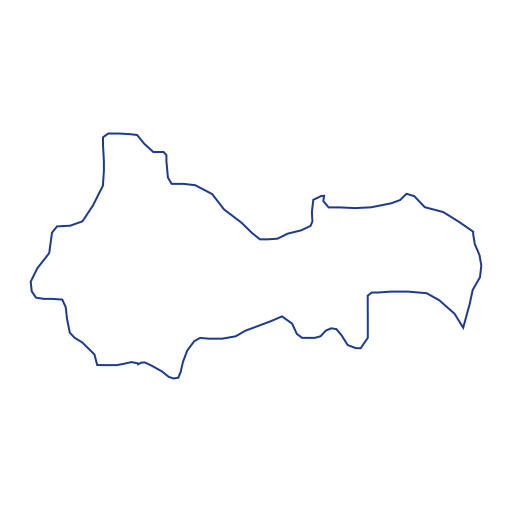 SVG path tracing the border of Kratovo
{"feature_id": "MKD-2940", "entity_name": "Kratovo", "entity_type": "Statistical Region", "adm_level": 1, "iso_a3": "MKD", "parent_name": "North Macedonia", "parent_adm1": "", "projection": "albers", "projection_center": [22.124, 42.077], "detail": "fine", "context": "isolated", "style": "outline", "palette": "blue", "viewbox_px": 512, "rotation_deg": 0, "n_neighbors": 0, "source": "natural_earth", "source_scale": "10m", "svg_char_len": 1582}
<svg xmlns="http://www.w3.org/2000/svg" viewBox="0 0 512 512"><path d="M463.2,327.7L454.6,313.8L439.3,300.3L426.7,293.2L407.9,291.6L390.8,291.6L378.4,292.5L371.8,292.5L367.7,295.7L367.8,319.5L367.8,337.8L360.7,348.2L355.9,348.2L347.6,345.0L341.7,335.5L336.4,329.1L331.1,328.3L325.7,330.7L320.5,336.3L314.5,337.9L302.2,337.9L296.8,333.9L292.1,323.6L282.0,316.4L270.8,321.2L245.4,330.7L235.7,336.3L222.0,338.7L209.0,338.7L200.2,337.9L194.3,341.1L187.2,350.6L183.0,361.8L180.6,372.1L178.3,377.7L173.6,378.5L168.8,376.9L161.7,371.3L151.7,365.7L145.1,362.5L141.6,362.5L138.0,364.3L137.7,363.3L131.4,362.1L123.4,363.9L116.9,365.1L110.7,365.1L102.7,365.1L97.2,365.0L94.4,354.4L82.1,342.3L74.6,337.8L69.8,332.7L67.0,318.7L65.7,307.2L62.3,299.6L52.9,298.9L43.9,298.9L35.9,297.6L31.7,291.2L30.7,281.7L37.3,268.3L49.2,253.1L52.0,232.7L56.0,227.7L57.0,226.4L70.2,225.7L82.5,221.3L93.0,205.4L102.9,185.7L103.9,171.0L103.9,161.5L103.0,145.0L103.0,137.3L108.2,133.5L118.6,133.5L130.4,134.2L137.1,135.0L144.3,143.8L153.3,152.0L163.6,152.0L166.4,155.2L166.4,161.0L167.9,177.5L171.7,183.9L183.9,183.9L195.2,185.2L212.2,194.1L224.0,209.4L241.5,222.7L251.9,232.9L259.9,239.3L268.4,239.3L277.4,238.7L287.8,233.6L301.0,230.4L310.5,225.9L312.4,221.5L311.9,211.9L313.3,199.8L321.3,196.0L324.1,195.8L323.3,201.0L328.6,207.4L339.8,207.4L355.2,208.1L371.1,207.3L391.2,203.3L400.0,200.1L406.5,193.8L414.2,196.1L424.8,207.2L443.1,212.0L459.7,222.3L473.2,231.7L473.2,234.4L474.8,244.1L479.5,255.1L481.3,265.6L480.0,277.2L472.7,289.9L469.7,303.9L463.2,327.7Z" fill="none" stroke="#1e3a8a" stroke-width="2"/></svg>